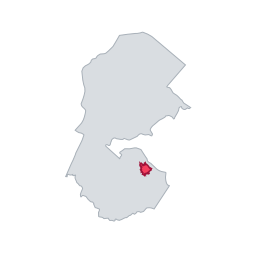 Chipili, Luapula, Zambia shown in context, rotated 132°
{"feature_id": "96606910B25287686140667", "entity_name": "Chipili", "entity_type": "district", "adm_level": 2, "iso_a3": "ZMB", "parent_name": "Zambia", "parent_adm1": "Luapula", "projection": "orthographic", "projection_center": [29.255, -10.48], "detail": "fine", "context": "in_parent", "style": "filled", "palette": "rose", "viewbox_px": 256, "rotation_deg": 132, "n_neighbors": 0, "source": "geoboundaries", "source_scale": "gbopen_adm2", "svg_char_len": 6020}
<svg xmlns="http://www.w3.org/2000/svg" viewBox="0 0 256 256"><g transform="rotate(132 128 128)"><path d="M165.0,165.8L155.4,165.8L151.9,166.6L149.0,167.8L145.6,169.6L143.6,170.9L143.1,171.6L142.8,173.2L142.8,175.7L142.5,177.4L141.4,179.0L136.3,181.0L132.9,182.6L129.6,184.5L127.1,186.9L125.4,189.9L122.6,193.7L116.7,200.3L113.3,201.6L110.4,201.3L106.9,200.0L104.2,199.7L102.1,200.6L100.3,200.4L98.5,199.0L97.0,198.5L95.9,198.9L94.4,198.9L91.6,198.1L89.2,195.8L87.9,194.8L86.9,194.5L84.0,194.1L77.5,193.7L70.8,195.0L64.9,196.3L58.7,191.1L52.7,185.7L51.4,184.3L49.1,182.5L47.5,181.6L46.9,181.1L45.1,176.2L44.1,171.6L42.7,127.5L69.7,127.0L71.4,126.8L71.5,126.3L70.2,124.0L70.3,123.1L70.6,121.5L71.7,118.3L71.7,117.2L71.1,113.7L71.1,111.8L71.4,107.9L71.2,106.5L71.8,104.8L72.0,103.6L72.2,103.1L71.9,101.7L71.2,97.1L70.9,95.1L72.5,95.4L73.1,96.3L73.4,97.4L74.2,97.4L76.1,98.0L76.8,98.9L77.3,100.7L77.0,101.7L76.4,102.5L77.1,103.2L78.4,103.6L79.1,103.4L81.3,102.1L83.3,101.6L84.3,101.3L88.8,100.4L89.7,99.9L90.3,99.9L90.8,100.3L90.4,101.6L90.3,102.8L90.9,105.0L91.3,106.0L92.3,106.8L92.9,107.2L93.7,108.0L95.3,107.8L98.7,108.9L99.8,109.4L101.3,109.9L102.3,110.1L105.8,110.5L109.6,111.1L111.6,111.1L112.9,110.9L113.9,110.6L114.5,110.2L114.8,109.9L116.1,105.7L116.9,105.4L117.8,105.1L118.3,105.5L119.0,108.2L121.7,110.6L122.7,112.6L123.3,114.3L123.9,114.8L125.0,115.4L126.6,115.6L128.1,115.6L135.4,118.6L136.2,119.1L137.1,120.7L137.7,122.4L138.3,123.9L139.2,124.1L140.0,124.2L140.9,125.2L141.5,126.0L143.7,129.5L144.0,130.9L145.0,131.8L146.4,132.2L147.8,132.2L148.5,131.8L150.4,131.1L151.8,130.3L152.9,130.0L153.5,130.2L154.0,130.8L154.3,132.5L155.3,133.1L156.1,132.8L156.4,132.2L156.4,131.8L156.4,113.7L155.8,113.8L154.9,114.3L153.0,114.4L152.2,114.7L152.0,115.3L152.1,116.1L152.2,117.1L151.9,117.6L151.1,117.8L149.8,117.4L147.6,116.9L145.7,116.6L144.4,115.2L142.6,113.1L141.4,112.1L138.6,110.0L138.1,109.5L137.2,108.5L136.5,106.8L135.7,104.9L135.4,103.6L136.0,101.7L137.7,95.4L138.1,93.4L139.5,91.4L139.6,89.6L139.0,87.4L139.1,86.1L139.3,78.9L138.9,76.6L138.0,74.1L135.9,70.6L135.9,69.8L139.1,67.5L140.0,66.7L141.7,64.8L142.8,63.2L143.5,61.9L143.8,60.3L143.2,58.7L144.3,58.4L170.7,54.4L171.1,55.5L171.9,57.3L172.8,58.6L173.9,59.8L174.8,60.5L175.5,60.7L179.5,60.6L181.0,61.4L182.3,62.3L182.6,63.6L183.4,64.5L184.3,65.2L184.7,65.3L185.3,65.1L186.4,65.1L187.4,65.4L187.9,65.7L187.9,66.9L188.2,67.4L189.6,67.6L191.0,67.7L192.3,68.5L193.8,68.7L195.5,69.0L196.3,69.9L198.0,70.7L200.2,71.5L202.6,72.8L202.7,73.2L203.1,74.0L203.5,74.5L203.5,75.3L203.7,76.1L204.3,76.3L204.8,76.3L205.3,75.8L205.9,75.8L206.6,76.2L206.9,77.0L207.4,78.2L208.3,79.0L208.9,79.7L208.7,81.1L208.3,82.3L209.5,83.6L211.0,84.8L211.4,85.3L211.5,87.1L211.8,87.7L212.8,89.2L213.3,90.1L213.3,90.7L210.4,93.5L208.6,94.0L207.8,94.5L207.4,95.1L208.5,98.0L209.1,99.1L208.5,100.5L207.4,102.8L206.9,103.0L206.7,104.7L207.1,105.4L207.6,105.9L207.8,107.1L207.7,110.0L207.0,113.4L208.2,116.3L208.7,116.7L210.4,116.7L210.7,117.0L210.3,117.8L209.0,119.1L206.8,120.0L203.5,121.1L202.8,122.1L202.4,123.7L202.7,124.6L203.1,125.1L203.0,126.5L202.7,127.9L202.8,129.0L202.6,130.0L202.2,130.5L201.6,131.9L200.9,133.4L200.3,134.1L199.5,134.8L198.2,135.4L198.2,135.7L199.7,136.4L200.0,136.9L200.2,137.2L199.5,138.0L200.2,138.4L201.0,138.8L201.8,139.8L202.6,141.7L202.8,141.9L203.0,141.9L203.5,141.7L204.4,141.0L205.0,140.7L205.8,141.8L192.3,146.3L189.1,147.2L184.4,148.8L182.8,149.4L181.6,150.0L169.1,153.5L167.1,154.2L162.7,156.1L162.5,156.4L162.6,157.2L162.9,158.9L163.7,160.5L164.3,161.4L164.8,163.7L165.0,165.8Z" fill="#d9dde1" stroke="#a8b0b8" stroke-width="1"/><path d="M152.6,86.1L152.5,85.9L152.5,85.7L152.4,85.6L152.2,85.3L152.3,84.0L152.3,83.8L152.2,83.8L152.1,83.7L152.1,83.8L151.9,83.8L151.7,84.1L151.4,84.2L151.3,84.3L151.3,84.2L151.2,84.2L150.9,84.1L150.7,84.2L150.4,84.2L150.4,84.3L150.3,84.2L150.2,84.2L150.1,84.3L149.9,84.4L149.7,84.3L149.6,84.2L149.4,84.1L149.1,84.2L149.1,84.3L149.1,84.2L148.9,84.0L148.9,83.9L148.7,83.8L148.8,83.7L148.7,83.7L148.8,83.5L148.7,83.5L148.7,83.4L148.7,83.2L148.5,82.9L148.5,82.7L148.6,82.4L148.4,82.3L148.4,82.2L148.2,82.1L147.9,82.0L147.9,81.9L147.9,82.0L147.7,81.9L147.5,82.0L147.4,82.2L147.4,82.3L147.4,82.5L147.4,82.8L147.3,83.0L147.2,83.2L147.3,83.2L147.3,83.3L147.2,83.3L146.9,83.3L146.7,83.2L146.3,83.3L146.2,83.2L145.9,83.2L144.9,83.1L144.0,82.8L143.9,82.9L143.8,83.0L143.7,83.0L143.5,82.9L143.4,83.0L143.2,83.3L143.0,83.5L142.9,83.5L142.5,83.4L142.5,83.5L142.7,83.8L142.8,84.0L142.7,84.3L142.7,84.5L142.8,84.5L143.0,84.5L143.3,84.5L143.3,85.0L143.0,85.7L143.1,85.9L143.1,86.3L143.0,86.5L142.9,86.7L142.7,87.3L142.7,87.7L142.6,88.5L142.6,88.8L142.6,89.1L142.6,89.3L142.6,89.7L142.6,90.0L142.9,90.2L142.8,90.3L142.8,90.7L142.9,90.9L142.8,91.0L142.8,91.3L142.7,91.4L142.6,91.5L142.4,91.8L142.5,91.8L142.4,92.0L142.5,92.0L142.8,92.1L142.8,91.9L142.9,92.0L143.0,92.0L143.2,91.9L143.3,91.8L143.4,91.5L143.5,91.5L143.5,91.4L143.6,91.2L143.8,91.1L144.0,91.2L144.3,91.3L144.3,91.2L144.4,91.3L144.5,91.2L144.7,91.3L144.8,91.3L144.9,91.2L145.1,91.3L145.3,91.3L145.5,91.4L145.5,91.5L145.4,91.5L145.5,91.5L145.7,91.8L145.8,92.0L145.7,92.1L145.8,92.1L145.7,92.5L145.5,92.8L145.4,93.0L145.3,93.3L145.3,93.6L145.3,93.8L145.4,94.0L145.5,94.1L145.4,94.3L145.5,94.3L145.9,94.5L146.0,94.6L146.0,95.1L146.0,95.3L146.2,95.0L146.4,94.9L146.5,94.9L146.8,94.9L147.7,94.2L147.8,94.0L147.6,93.9L147.6,93.7L147.6,93.4L147.7,93.2L147.5,92.9L147.6,92.7L147.7,92.4L147.8,92.4L148.0,92.3L148.0,92.2L148.1,92.3L148.1,92.2L148.3,92.1L148.5,91.9L148.5,92.0L148.6,91.8L148.8,91.8L148.8,91.7L149.0,91.6L149.5,91.2L149.6,90.9L149.6,90.7L149.8,90.5L149.8,90.4L150.1,90.4L150.3,90.5L150.6,90.7L150.8,90.2L150.8,89.7L151.0,89.4L151.1,89.1L151.3,89.0L151.5,89.0L151.6,88.9L151.4,88.9L151.5,88.8L151.4,88.7L151.2,88.7L151.0,88.4L151.0,88.2L151.2,87.9L151.3,87.9L151.5,87.8L151.5,87.7L151.6,87.4L151.7,87.2L151.5,86.9L151.8,86.8L151.9,86.7L152.0,86.5L152.1,86.4L152.3,86.3L152.4,86.2L152.5,86.1L152.6,86.1Z" fill="#f43f5e" stroke="#9f1239" stroke-width="1.5"/></g></svg>